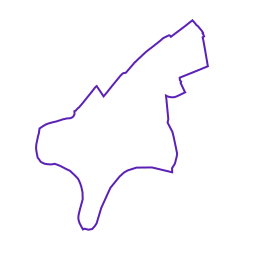 Fundeni, Galati, Romania, rotated 347°
{"feature_id": "2599482B42074396802829", "entity_name": "Fundeni", "entity_type": "district", "adm_level": 2, "iso_a3": "ROU", "parent_name": "Romania", "parent_adm1": "Galati", "projection": "albers", "projection_center": [27.553, 45.567], "detail": "fine", "context": "isolated", "style": "outline", "palette": "violet", "viewbox_px": 256, "rotation_deg": 347, "n_neighbors": 0, "source": "geoboundaries", "source_scale": "gbopen_adm2", "svg_char_len": 2775}
<svg xmlns="http://www.w3.org/2000/svg" viewBox="0 0 256 256"><g transform="rotate(347 128 128)"><path d="M219.7,85.8L219.7,85.6L220.3,75.2L220.5,71.9L220.6,70.1L221.1,60.5L221.1,56.4L221.9,56.1L222.7,55.9L222.5,54.1L222.2,53.3L222.0,52.5L222.6,52.2L221.7,49.8L220.2,46.8L219.0,44.5L217.8,43.0L216.5,40.2L215.0,37.6L214.7,37.8L213.4,38.3L211.7,39.1L207.1,41.3L199.0,44.9L193.8,47.2L190.3,48.8L189.7,47.4L188.8,46.9L183.5,48.1L182.2,48.5L179.1,50.2L168.7,55.1L165.3,56.6L162.1,58.2L157.4,60.9L157.2,61.1L154.3,62.7L151.1,64.6L150.0,65.4L149.5,65.4L149.2,65.7L138.3,73.7L137.4,73.6L135.8,73.5L134.6,74.0L132.2,75.5L121.1,84.1L115.2,88.8L111.3,91.7L109.3,86.3L106.9,80.1L105.5,80.8L102.6,83.1L101.6,84.0L101.1,84.4L99.9,85.3L92.0,91.5L90.4,92.8L89.6,93.4L87.9,94.7L84.9,96.9L83.4,97.6L81.8,98.7L80.9,99.4L79.6,99.5L79.2,101.3L79.1,102.3L77.7,104.1L76.4,105.0L74.2,105.5L73.5,105.4L72.8,105.3L71.5,105.1L70.6,104.9L69.6,104.9L68.6,105.0L66.3,104.9L65.5,105.0L64.7,105.1L63.9,105.2L63.4,105.2L62.9,105.2L59.7,105.5L58.8,105.5L57.3,105.5L56.8,105.5L54.6,105.5L54.1,105.6L52.7,105.6L51.5,105.7L50.7,105.8L49.9,105.9L49.4,106.0L49.0,106.1L48.9,106.0L48.0,106.3L46.8,106.7L46.1,106.9L45.0,107.3L43.4,107.9L42.0,108.5L41.9,108.6L41.7,108.6L41.6,108.8L39.9,113.2L39.6,113.8L38.7,115.3L38.3,116.1L38.0,116.8L37.0,119.0L36.9,119.2L36.7,119.7L35.0,123.3L34.9,123.7L34.1,126.1L33.7,128.0L33.5,131.0L33.4,132.0L33.4,132.6L33.4,134.0L33.3,136.5L34.3,138.6L35.2,141.0L35.3,141.2L35.5,141.5L36.3,142.2L36.8,142.6L37.8,143.4L38.5,143.9L39.4,144.4L40.0,144.6L40.8,144.9L41.8,145.3L42.6,145.5L43.8,145.9L44.9,146.2L45.0,146.2L45.3,146.2L46.0,146.3L47.2,146.4L48.6,146.4L49.0,146.7L49.1,146.8L49.3,146.9L50.4,147.6L51.0,148.0L52.2,148.8L52.8,149.3L53.5,149.8L54.4,150.5L56.5,152.3L57.7,153.4L58.2,153.7L58.8,154.3L60.4,155.5L60.9,155.9L61.9,156.7L62.0,156.9L62.2,157.1L63.9,159.8L65.3,161.8L66.2,163.3L67.6,165.6L67.9,166.3L68.0,166.7L68.1,167.0L68.3,167.8L68.5,168.7L69.0,171.6L69.1,172.5L69.1,173.1L69.2,173.8L69.2,174.2L69.3,174.7L69.3,174.9L69.2,180.6L69.0,181.4L67.9,187.1L67.0,188.8L63.0,196.2L60.4,201.4L59.6,203.6L59.2,205.6L59.2,207.5L59.4,209.8L60.6,214.4L61.3,216.7L62.9,216.3L66.6,218.2L70.3,218.4L72.2,217.1L73.6,216.1L76.0,213.8L84.0,199.8L97.4,182.3L108.9,173.4L114.3,170.4L118.0,169.3L127.3,168.5L142.4,171.8L146.3,173.7L153.9,177.5L160.5,180.8L161.1,181.1L161.9,177.0L165.4,173.6L166.5,171.8L167.5,169.7L168.9,167.1L170.1,164.1L170.3,157.1L170.3,155.5L170.5,146.8L170.4,141.7L169.6,138.7L167.8,131.7L169.3,128.3L172.0,107.6L172.3,105.0L173.3,105.9L175.4,107.1L177.5,107.9L178.9,108.2L180.3,108.4L182.3,108.2L186.5,107.3L191.7,106.1L191.5,105.6L190.7,101.9L189.4,95.9L190.2,94.9L189.3,93.0L189.7,90.6L208.2,87.7L219.7,85.8Z" fill="none" stroke="#5b21b6" stroke-width="2"/></g></svg>